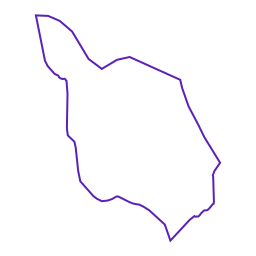 map outline of Saint Andrew (Natural Earth projection)
{"feature_id": "DMA-1432", "entity_name": "Saint Andrew", "entity_type": "Parish", "adm_level": 1, "iso_a3": "DMA", "parent_name": "Dominica", "parent_adm1": "", "projection": "natural_earth1", "projection_center": [-61.355, 15.539], "detail": "fine", "context": "isolated", "style": "outline", "palette": "violet", "viewbox_px": 256, "rotation_deg": 0, "n_neighbors": 0, "source": "natural_earth", "source_scale": "10m", "svg_char_len": 1082}
<svg xmlns="http://www.w3.org/2000/svg" viewBox="0 0 256 256"><path d="M35.9,15.4L48.1,15.9L59.7,20.9L72.1,31.5L88.6,59.0L101.8,68.9L117.0,59.8L129.6,57.0L180.2,79.8L182.1,87.9L188.5,106.2L198.7,125.6L204.3,137.1L220.1,162.8L214.5,170.9L212.8,175.3L213.2,177.0L213.9,201.3L213.7,203.7L213.3,203.8L212.6,204.4L209.0,208.7L207.9,209.7L207.3,210.1L206.8,210.2L206.3,210.3L204.6,210.4L204.3,210.5L203.9,210.6L201.3,213.1L199.6,215.3L198.7,216.2L198.0,216.6L197.6,216.6L197.0,216.5L196.6,216.5L195.8,216.6L195.5,216.7L195.2,216.6L194.7,216.4L194.4,216.1L189.7,219.8L170.4,240.6L164.8,224.5L149.2,210.3L143.2,206.5L139.3,204.6L136.2,204.2L133.0,203.5L129.2,202.0L118.6,196.7L117.4,196.4L116.2,196.6L112.1,199.0L107.9,200.5L101.9,201.2L97.0,198.8L93.4,196.1L80.3,181.3L78.2,171.1L75.7,147.6L74.4,141.7L67.8,135.4L66.9,128.4L67.5,93.7L66.5,80.7L66.0,80.5L65.3,79.2L65.0,79.0L64.6,78.8L64.3,78.7L64.0,78.8L63.6,78.9L63.2,79.0L62.2,78.9L61.7,78.8L59.8,77.9L59.4,77.6L59.1,77.2L58.6,76.1L58.3,75.6L54.6,73.9L47.7,66.1L45.0,60.8L35.9,15.4Z" fill="none" stroke="#5b21b6" stroke-width="2"/></svg>